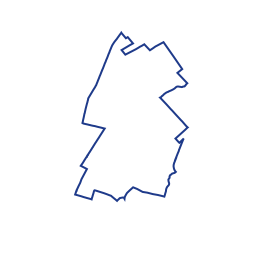 outline of Stoenesti, Olt, Romania, rotated 138°
{"feature_id": "2599482B16432204852873", "entity_name": "Stoenesti", "entity_type": "district", "adm_level": 2, "iso_a3": "ROU", "parent_name": "Romania", "parent_adm1": "Olt", "projection": "albers", "projection_center": [24.481, 44.1], "detail": "fine", "context": "isolated", "style": "outline", "palette": "blue", "viewbox_px": 256, "rotation_deg": 138, "n_neighbors": 0, "source": "geoboundaries", "source_scale": "gbopen_adm2", "svg_char_len": 5279}
<svg xmlns="http://www.w3.org/2000/svg" viewBox="0 0 256 256"><g transform="rotate(138 128 128)"><path d="M84.4,200.0L84.6,199.9L86.2,199.2L87.6,198.5L88.9,197.9L90.4,197.2L90.6,197.0L91.2,196.7L91.9,196.4L92.3,196.2L92.8,196.0L93.6,195.6L94.7,195.0L95.5,194.6L96.3,194.2L97.1,193.8L98.3,193.3L99.1,192.9L100.0,192.4L100.8,192.0L101.6,191.7L102.8,191.1L103.7,190.6L104.9,190.0L105.7,189.6L106.3,189.3L106.8,189.0L107.1,188.9L107.4,188.8L107.6,188.7L107.8,188.6L108.2,188.4L108.4,188.3L108.6,188.3L108.8,188.2L109.0,188.0L109.2,187.9L109.5,187.8L110.5,187.3L112.1,186.5L113.3,185.9L114.5,185.4L115.0,185.1L117.6,183.8L118.5,183.4L120.0,182.6L121.1,182.1L122.5,181.4L123.0,181.1L123.6,181.0L124.4,180.7L124.6,180.6L125.9,180.2L128.1,179.6L129.7,179.1L137.5,176.7L137.8,176.5L138.2,176.3L138.8,175.7L140.0,175.0L141.1,174.2L142.0,173.7L146.8,170.5L150.4,167.9L150.9,167.7L151.8,167.0L152.6,166.4L153.3,165.9L154.1,165.3L156.4,163.7L157.0,163.2L157.6,162.8L158.2,162.4L158.3,162.3L158.5,162.2L158.2,161.2L157.8,160.7L157.1,159.6L156.5,158.8L156.0,158.1L155.3,157.1L154.8,156.3L154.3,155.7L154.1,155.3L152.7,153.3L151.3,151.5L149.8,149.2L148.9,147.9L147.9,146.5L146.8,144.8L145.7,143.2L154.5,140.8L155.1,140.6L155.9,140.4L156.6,140.2L157.3,140.0L157.9,139.9L158.8,139.6L159.7,139.4L160.6,139.1L161.5,138.9L162.7,138.6L163.7,138.3L166.5,137.5L166.7,137.4L167.0,137.3L167.6,137.2L168.3,137.0L169.0,136.8L169.5,136.6L170.1,136.5L170.6,136.3L171.2,136.2L171.7,136.0L172.4,135.8L173.0,135.7L173.7,135.5L174.3,135.3L175.2,135.1L175.7,134.9L175.9,134.9L176.1,134.8L176.3,134.8L176.3,134.7L176.5,134.7L177.0,134.5L177.3,134.4L177.5,134.4L177.7,134.2L177.8,134.1L178.0,134.0L178.3,134.2L179.5,133.9L180.5,133.6L182.0,133.2L183.3,132.8L184.6,132.4L185.8,132.1L187.1,131.8L188.4,131.5L187.8,129.9L186.4,126.2L186.0,125.0L197.0,121.0L197.7,120.6L198.6,120.1L200.5,119.1L200.8,119.0L202.1,118.5L203.9,117.8L204.2,117.6L204.4,117.6L204.6,117.5L205.0,117.3L205.3,117.2L205.5,117.1L205.9,116.9L206.1,116.9L206.5,116.7L207.6,116.1L207.8,116.1L208.0,115.9L208.2,115.7L208.3,115.6L208.5,115.6L208.5,115.8L208.7,115.7L211.8,113.9L208.4,108.5L208.0,107.8L207.5,106.9L206.9,105.9L206.7,105.6L206.0,104.5L205.4,103.5L204.8,102.6L204.3,101.8L203.9,101.2L203.4,100.4L203.0,99.7L202.8,99.3L202.1,99.8L201.1,100.4L200.3,100.8L199.8,101.2L198.9,101.7L197.9,102.3L196.9,102.9L196.2,103.4L195.4,103.9L195.1,104.0L194.6,104.1L194.3,103.8L193.3,102.2L192.5,100.8L191.2,98.6L189.5,95.7L188.0,92.9L186.7,90.3L186.1,89.3L185.9,88.8L185.9,88.3L185.4,84.8L185.1,83.0L184.9,81.2L184.2,81.3L183.6,81.3L182.8,81.3L182.2,81.3L181.1,81.4L180.4,81.0L179.9,80.8L179.3,80.4L178.7,80.0L178.3,79.8L178.0,79.5L177.8,79.3L177.7,79.2L177.8,78.9L177.8,78.5L177.9,78.2L178.0,77.7L177.0,78.6L175.6,79.3L172.9,80.2L172.0,80.4L168.4,80.5L165.4,80.5L163.9,80.5L162.0,76.6L159.9,70.7L156.9,67.0L153.8,62.3L150.6,58.2L148.0,54.4L146.9,52.7L145.2,53.7L144.0,54.5L142.3,55.5L141.7,56.0L141.3,56.4L140.8,56.8L140.2,57.2L139.7,57.5L139.1,57.7L138.6,57.9L138.0,58.1L137.6,58.1L136.9,58.2L136.4,58.2L136.0,58.3L135.7,58.4L135.3,58.6L135.1,58.7L134.8,59.0L134.5,59.3L134.3,59.6L134.1,60.1L133.8,60.7L133.5,61.3L133.1,61.9L132.7,62.4L132.4,62.7L132.1,62.8L131.5,62.9L130.9,63.0L130.6,63.2L130.3,63.3L130.0,63.7L129.7,64.0L129.4,64.3L128.8,64.5L128.5,64.7L128.0,64.7L127.3,64.6L126.9,64.5L126.5,64.6L125.8,64.6L124.9,64.2L124.1,63.8L123.5,63.5L122.9,63.4L122.2,63.4L121.8,63.4L121.8,63.8L121.8,64.5L121.6,65.4L121.4,66.0L121.1,66.9L120.7,67.6L120.2,68.4L119.8,69.0L119.3,69.5L118.8,70.0L118.2,70.4L117.6,70.8L116.8,71.3L115.6,71.8L115.2,72.1L114.9,72.3L114.7,72.3L113.3,73.0L113.5,73.1L111.3,74.2L107.9,75.9L105.7,76.9L104.9,77.5L103.6,78.1L98.2,80.8L94.5,82.6L93.6,82.9L99.7,82.6L99.8,83.1L99.8,84.9L99.8,88.4L97.2,88.4L96.6,88.4L94.2,88.4L91.6,88.4L88.9,88.4L86.7,88.4L84.8,88.5L83.3,88.5L83.4,88.8L83.3,89.3L83.4,90.0L83.4,90.3L83.4,91.9L83.3,96.8L83.4,98.0L83.5,106.2L83.5,111.5L83.6,113.2L83.6,115.4L83.6,119.8L83.8,128.5L83.8,129.1L83.1,128.8L82.8,128.8L82.4,128.9L81.8,129.0L81.5,129.0L80.8,128.9L80.0,128.9L78.7,129.0L78.2,129.0L77.8,129.0L77.5,128.9L77.0,128.8L76.2,128.8L75.9,128.7L75.5,128.6L75.2,128.5L74.8,128.4L74.0,128.1L73.8,128.0L73.7,127.9L73.3,127.9L73.1,127.9L71.2,127.2L69.1,126.6L68.1,126.4L67.0,126.2L65.7,126.2L64.7,126.2L64.0,126.0L63.6,125.8L63.3,125.5L62.6,124.9L62.1,124.2L61.5,123.5L61.0,122.8L60.6,122.4L60.3,122.2L60.1,122.1L59.8,122.1L59.6,122.0L59.4,121.9L59.2,121.8L59.1,121.7L58.8,121.5L58.7,121.5L58.6,121.4L58.4,121.3L58.3,121.2L58.2,121.1L57.8,121.1L57.6,121.1L57.4,121.2L57.1,121.2L56.9,121.2L56.7,121.2L56.4,121.3L56.2,121.4L55.9,121.4L55.7,121.5L55.4,121.5L55.2,121.5L54.9,121.6L54.7,121.6L54.4,121.6L54.0,121.6L54.4,135.9L54.2,135.9L48.3,135.5L47.3,143.2L46.3,150.8L44.2,168.0L46.6,168.6L51.5,169.8L53.0,170.2L56.4,170.6L59.7,171.1L59.9,179.3L60.7,179.4L60.9,179.5L61.3,179.6L61.6,179.6L62.0,179.7L62.6,179.8L63.3,180.0L64.1,180.2L64.8,180.4L65.3,180.5L66.1,180.6L67.1,180.8L67.5,180.9L68.1,181.0L69.5,181.3L71.8,181.9L74.1,182.5L77.5,183.4L80.9,184.3L80.6,190.2L71.1,188.3L67.7,187.5L67.4,195.7L69.5,196.1L69.3,202.6L69.2,203.3L69.5,203.2L70.1,203.1L71.2,202.9L72.6,202.6L73.9,202.3L75.0,202.1L76.5,201.7L77.9,201.5L80.3,201.1L82.3,200.6L84.4,200.0Z" fill="none" stroke="#1e3a8a" stroke-width="2"/></g></svg>